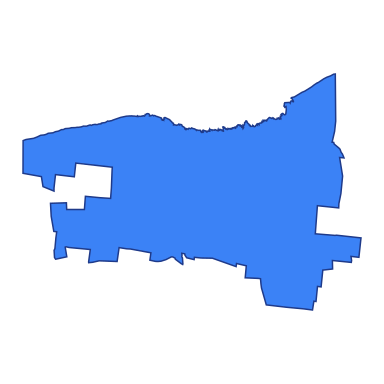 the district of San Felipe, Yucatán, Mexico
{"feature_id": "50627088B38726210466963", "entity_name": "San Felipe", "entity_type": "district", "adm_level": 2, "iso_a3": "MEX", "parent_name": "Mexico", "parent_adm1": "Yucatán", "projection": "orthographic", "projection_center": [-88.314, 21.495], "detail": "fine", "context": "isolated", "style": "filled", "palette": "blue", "viewbox_px": 384, "rotation_deg": 0, "n_neighbors": 0, "source": "geoboundaries", "source_scale": "gbopen_adm2", "svg_char_len": 6002}
<svg xmlns="http://www.w3.org/2000/svg" viewBox="0 0 384 384"><path d="M335.3,74.0L333.6,74.2L330.5,75.9L326.9,77.2L323.8,78.8L317.6,82.9L317.3,82.8L314.0,85.0L311.6,86.9L304.7,91.2L302.0,92.3L294.4,96.9L291.5,97.6L291.1,98.1L291.3,98.4L291.8,98.3L292.0,98.5L293.4,101.2L293.4,101.7L293.1,101.8L292.6,101.4L292.4,100.7L290.9,101.1L290.2,103.1L289.8,102.4L284.8,102.7L284.3,103.8L284.3,105.5L283.9,106.0L284.2,106.4L284.5,106.4L284.8,107.3L286.0,106.6L286.3,109.7L285.8,114.0L284.9,114.8L284.3,114.7L282.8,113.4L282.1,113.6L281.0,114.5L281.2,114.8L281.9,115.1L281.9,115.6L281.5,115.9L281.1,115.7L280.7,116.1L280.6,116.7L280.3,116.5L280.2,117.0L280.9,118.4L280.8,118.9L280.4,118.6L279.9,118.9L279.6,118.6L279.3,118.9L278.9,118.2L278.7,118.4L278.4,118.0L277.8,118.5L277.2,118.2L276.8,119.3L275.4,119.4L274.1,118.7L273.6,118.2L273.4,118.4L273.1,118.1L273.0,118.5L272.6,118.1L272.3,118.0L271.6,118.1L271.4,118.4L269.7,117.5L269.2,117.6L267.3,119.5L266.8,120.1L266.9,120.7L266.3,121.0L265.8,120.6L265.7,120.3L265.3,120.5L264.2,120.2L263.8,121.5L263.6,121.6L263.4,121.4L263.5,121.1L263.0,120.5L262.6,121.8L262.2,122.3L261.9,121.9L261.8,122.3L261.3,122.4L261.0,123.2L259.9,123.1L259.1,123.5L259.1,124.1L258.8,123.7L258.6,123.7L258.3,124.1L257.8,123.7L257.5,123.9L257.5,125.1L256.7,124.4L256.6,124.7L256.7,125.1L256.0,125.2L255.5,125.7L255.4,126.3L254.2,126.7L253.8,126.5L253.4,125.8L253.1,125.9L252.8,125.5L252.7,126.1L252.4,126.0L252.2,126.3L250.6,126.4L250.4,125.7L249.9,125.8L249.3,125.1L249.6,124.8L247.6,123.0L246.8,121.2L246.4,120.9L245.8,121.0L245.7,122.0L245.1,122.1L244.6,122.7L244.4,124.9L243.3,125.1L243.4,126.0L242.9,125.4L242.8,126.1L243.2,126.7L243.4,126.6L243.5,127.3L243.1,127.8L243.2,128.3L243.0,128.6L242.7,127.4L242.4,127.0L242.0,127.2L241.8,126.9L242.0,126.7L241.8,126.6L241.6,126.8L241.4,126.0L241.1,126.3L240.3,126.0L240.5,125.3L240.4,125.2L240.2,125.6L239.8,125.5L239.2,124.8L238.3,124.8L238.2,125.1L237.8,125.0L237.2,125.7L237.1,126.4L236.7,126.1L236.1,126.7L235.8,127.1L235.9,127.8L235.5,128.1L235.3,127.4L234.9,127.1L234.7,127.2L234.6,127.8L233.5,127.6L233.3,127.7L233.3,128.0L232.8,128.2L232.3,127.9L232.1,128.2L231.5,128.4L231.6,129.0L230.9,128.9L230.8,129.1L230.6,129.1L230.1,128.5L229.6,128.6L229.4,128.9L228.7,129.0L228.6,128.7L228.0,128.4L227.8,129.1L227.1,129.6L226.4,128.8L225.8,129.1L225.1,128.1L224.7,128.1L224.7,127.5L224.1,127.4L224.0,127.1L223.4,126.8L222.8,127.0L222.9,127.3L223.3,127.4L223.5,127.8L223.1,129.1L223.1,130.2L223.5,131.1L223.4,131.2L222.1,130.7L222.2,130.4L221.0,129.6L220.1,129.4L219.9,129.4L220.0,129.6L220.5,130.4L219.8,130.0L219.4,130.8L219.4,130.3L218.4,129.8L218.2,129.3L218.0,129.9L218.4,129.9L218.7,130.4L218.1,130.9L217.8,130.4L216.3,130.4L216.0,129.9L215.0,129.6L214.5,130.2L212.4,129.9L212.1,130.0L212.0,130.3L211.3,129.7L210.1,129.5L209.8,129.1L209.7,130.0L209.3,129.7L209.1,130.0L209.7,131.2L208.9,131.3L207.9,131.0L206.9,132.1L206.2,131.6L206.0,130.9L204.9,130.9L203.3,130.1L202.9,130.2L202.7,130.6L203.3,132.0L203.1,132.4L202.9,132.4L203.0,132.1L201.9,131.7L201.4,132.3L200.7,131.5L200.8,130.8L200.2,130.2L198.8,130.4L197.3,130.0L196.8,130.1L196.7,130.3L196.2,129.7L195.5,129.7L195.1,129.1L193.6,128.6L193.1,128.7L191.7,127.9L190.8,128.7L190.2,128.6L189.6,128.3L188.4,128.4L188.0,128.9L188.0,129.2L186.3,128.6L186.2,129.6L185.9,129.7L185.3,129.1L185.0,129.1L184.8,128.8L185.0,128.4L184.5,127.5L183.0,126.5L182.4,126.4L181.7,124.8L181.3,124.6L179.7,124.3L179.6,124.9L178.9,124.4L178.9,124.6L178.3,124.6L177.5,125.1L176.8,125.1L176.6,125.3L174.5,124.7L173.8,125.0L173.5,124.9L173.7,124.5L173.4,123.2L172.5,123.0L171.5,121.5L170.6,120.9L169.7,119.7L165.0,117.5L164.1,117.7L164.0,118.4L164.3,119.1L162.9,119.4L162.8,120.0L163.1,120.3L162.2,120.2L161.7,119.0L161.4,118.9L161.4,118.0L156.8,116.4L156.4,116.4L154.9,115.6L154.0,115.5L153.6,115.8L152.5,115.1L150.8,115.8L149.5,115.9L149.6,114.8L149.1,114.1L148.3,113.7L147.3,113.6L146.5,113.9L145.9,114.5L145.2,114.5L144.9,115.7L144.3,116.1L143.4,115.7L142.9,116.0L142.2,115.9L141.9,116.3L141.3,116.2L140.4,116.4L138.7,116.2L138.5,116.5L137.8,116.4L137.4,115.8L137.2,116.0L137.1,116.5L133.7,116.0L133.0,116.2L131.9,115.8L130.9,116.1L130.3,115.9L126.3,116.2L120.6,117.4L112.8,120.1L111.8,120.6L109.7,121.0L108.9,121.3L107.8,121.0L105.3,122.5L101.8,123.0L101.1,123.3L101.0,123.5L101.3,123.6L101.0,123.8L99.5,124.0L99.1,123.9L97.5,124.5L95.7,124.6L95.2,124.3L94.3,124.5L92.9,124.7L91.2,125.4L90.5,125.0L89.5,125.1L86.4,126.2L83.5,126.1L81.1,126.9L78.5,127.3L77.0,127.3L75.2,127.6L71.5,127.7L69.2,128.3L65.2,128.6L63.7,129.4L62.7,129.6L61.5,129.6L58.5,131.1L55.4,131.7L53.0,132.8L48.1,133.3L46.5,134.2L44.3,134.9L40.6,135.3L37.3,136.9L33.7,138.3L26.0,139.5L23.1,140.6L23.0,173.3L41.4,176.6L43.0,186.6L54.0,191.1L54.0,188.0L55.5,174.6L74.3,176.8L75.8,163.1L112.3,167.2L112.1,170.0L111.4,188.0L110.6,198.4L99.9,197.7L85.4,196.3L84.4,209.5L66.7,209.5L66.4,202.8L50.5,203.3L51.2,216.3L53.8,231.4L56.7,231.8L55.9,237.8L54.9,248.7L54.1,250.3L54.5,257.5L55.6,259.2L66.8,256.8L65.2,247.1L66.2,246.8L69.0,247.5L90.3,249.5L88.6,262.0L88.7,262.7L92.6,262.3L99.2,260.8L117.1,261.5L119.1,247.6L126.6,248.8L130.4,249.0L150.9,252.8L149.9,260.2L155.5,261.4L158.0,261.5L161.0,261.2L166.0,259.6L171.3,256.9L172.7,256.9L175.1,258.2L175.3,259.2L181.0,263.5L182.7,264.5L182.9,263.9L182.5,258.6L182.4,257.7L182.0,257.2L181.8,256.6L182.0,255.6L181.8,253.3L184.7,253.8L185.0,255.3L186.7,257.8L194.1,259.6L194.4,257.3L201.2,258.0L212.4,258.2L236.1,266.6L236.5,263.5L246.3,265.8L245.2,277.8L258.3,278.4L260.5,278.7L261.0,284.3L261.5,288.0L266.3,304.9L287.0,307.3L303.2,308.8L312.5,310.0L313.9,301.2L316.0,301.5L317.5,286.4L321.1,286.9L322.8,270.1L332.6,269.0L332.4,260.5L351.3,262.4L351.6,260.5L351.0,256.4L358.9,257.3L361.0,237.9L336.5,235.2L335.0,235.4L315.3,233.8L317.4,205.7L338.7,207.9L338.9,203.6L340.9,193.6L342.6,176.1L339.6,157.5L344.0,157.9L342.4,154.0L341.2,152.4L340.0,149.2L339.1,148.2L334.2,144.1L333.7,142.4L332.1,142.2L334.6,131.4L335.7,121.2L335.3,74.0Z" fill="#3b82f6" stroke="#1e3a8a" stroke-width="1.5"/></svg>